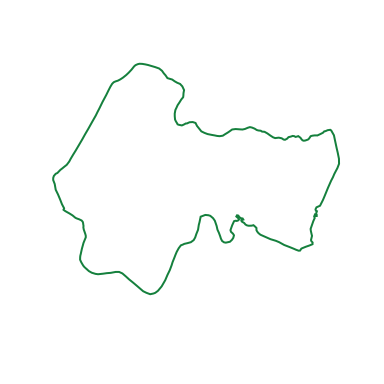 the district of Khemara Phoumin, Kaôh Kong, Cambodia, rotated 26°
{"feature_id": "14789045B84923983917004", "entity_name": "Khemara Phoumin", "entity_type": "district", "adm_level": 2, "iso_a3": "KHM", "parent_name": "Cambodia", "parent_adm1": "Kaôh Kong", "projection": "orthographic", "projection_center": [103.034, 11.595], "detail": "fine", "context": "isolated", "style": "outline", "palette": "green", "viewbox_px": 384, "rotation_deg": 26, "n_neighbors": 0, "source": "geoboundaries", "source_scale": "gbopen_adm2", "svg_char_len": 3955}
<svg xmlns="http://www.w3.org/2000/svg" viewBox="0 0 384 384"><g transform="rotate(26 192 192)"><path d="M305.6,92.6L302.9,89.3L298.2,83.3L294.7,78.8L290.2,75.7L289.0,75.5L286.8,77.0L285.3,78.8L284.3,79.5L283.7,81.4L281.7,84.0L279.9,86.2L277.5,87.3L275.4,88.7L274.2,89.8L274.0,91.3L273.7,93.0L273.2,94.1L271.2,96.1L270.0,96.9L268.7,97.1L267.1,96.5L265.7,95.7L263.0,95.2L261.9,96.3L260.9,97.1L259.4,97.0L257.9,97.5L256.5,98.9L254.7,100.4L254.1,102.4L252.7,104.3L251.3,104.7L249.1,104.4L246.2,105.1L244.8,106.0L243.1,107.1L240.9,107.3L237.6,106.9L234.1,106.3L230.8,106.1L228.5,107.0L226.9,106.8L224.7,107.6L223.0,107.9L220.5,107.6L217.6,107.8L215.6,108.3L214.0,109.8L212.0,112.1L210.0,113.7L207.1,114.9L203.6,116.3L200.7,118.2L199.3,120.8L198.1,122.9L196.3,125.7L195.0,127.9L192.4,129.7L190.0,130.6L187.6,131.2L184.8,132.0L180.6,133.1L177.3,133.4L173.8,133.4L171.3,132.2L167.5,130.4L164.9,128.4L162.0,128.8L159.2,130.4L157.4,132.6L156.4,133.1L155.0,135.1L153.7,136.6L150.6,137.4L149.4,137.5L148.2,136.6L146.6,135.6L145.0,134.3L143.3,131.5L142.1,129.1L141.1,125.5L141.1,122.9L141.0,120.4L141.5,116.7L141.8,113.6L142.5,110.7L142.0,109.2L141.0,106.8L140.2,103.9L137.0,101.3L133.9,100.1L130.9,100.3L127.9,100.1L124.9,99.6L121.3,100.2L120.0,100.4L117.0,98.7L114.6,97.7L111.9,96.2L108.3,95.4L104.0,95.9L99.9,96.6L96.9,97.1L94.0,97.8L91.0,98.7L88.5,99.8L87.1,101.0L85.6,102.8L84.9,104.5L84.0,108.6L82.8,112.5L81.6,115.7L79.8,119.5L78.2,122.2L76.6,124.4L74.7,126.2L73.5,127.7L72.8,129.8L72.5,133.0L72.4,137.3L72.4,142.3L72.1,150.2L72.1,157.6L72.0,161.5L72.0,165.4L71.5,173.3L71.1,180.6L70.6,187.1L70.3,192.8L69.9,198.0L69.3,205.6L68.8,210.5L68.4,215.4L68.3,218.4L67.5,222.5L66.1,225.4L65.0,227.8L64.0,229.8L62.7,233.9L61.5,235.4L60.8,238.1L61.1,240.2L62.0,242.1L65.1,245.0L68.5,249.7L72.6,252.9L76.6,256.4L80.5,260.0L84.2,262.7L84.3,264.3L85.6,264.6L87.6,264.8L91.2,265.0L94.9,265.4L96.5,265.8L98.5,266.3L99.9,266.3L102.6,266.0L105.2,266.0L106.7,266.6L107.6,267.5L108.6,269.0L109.4,270.1L109.8,271.3L111.1,273.1L113.2,275.2L114.6,276.6L115.7,277.9L116.4,279.3L116.6,282.3L116.8,285.3L117.3,287.9L117.9,291.2L118.7,294.5L119.2,296.5L119.5,298.0L120.0,299.5L121.1,301.9L123.0,303.5L124.3,304.4L126.6,305.9L128.4,306.7L134.0,308.3L137.3,308.5L141.1,307.9L143.6,307.1L147.9,304.4L151.0,302.3L154.4,300.3L158.3,297.4L161.5,295.8L165.1,295.7L169.3,296.8L173.7,298.1L178.9,299.3L184.0,300.6L187.8,301.6L191.6,302.6L195.2,302.6L199.2,302.2L201.9,300.1L203.2,298.7L204.7,295.8L206.1,290.2L206.6,283.0L206.3,277.2L206.3,272.0L205.8,266.8L205.3,263.6L204.9,258.1L204.7,256.0L204.5,252.5L204.7,248.3L205.4,244.8L206.9,243.2L207.8,242.0L210.4,239.9L213.0,237.6L214.6,234.5L214.8,231.5L214.3,227.7L214.0,223.3L212.5,218.5L212.0,215.9L210.6,210.4L214.0,206.8L216.9,205.7L218.9,205.4L222.4,206.3L225.1,207.8L229.0,211.7L231.4,214.7L234.1,216.9L236.8,219.5L238.4,221.2L240.5,222.8L242.8,223.2L244.6,222.7L247.9,220.1L248.9,217.4L249.2,215.1L248.7,212.5L247.1,211.5L244.5,210.7L243.3,209.4L243.0,206.9L242.7,204.2L242.6,199.8L243.6,198.8L244.9,198.4L245.9,197.4L246.3,196.2L245.5,195.4L242.6,194.6L242.7,193.2L244.0,192.9L245.4,193.8L247.7,194.1L249.1,193.6L250.2,194.3L248.7,195.8L249.6,196.7L252.6,197.0L254.3,197.8L256.1,197.9L257.7,197.5L260.4,196.1L261.8,194.9L264.1,195.5L265.7,196.1L266.7,198.1L268.0,199.0L269.7,199.8L272.2,200.4L277.8,200.2L283.2,200.0L288.8,199.1L292.3,198.9L298.1,199.2L303.9,198.7L308.2,198.4L310.8,198.3L313.6,198.0L314.8,197.3L315.1,195.0L315.8,194.1L318.4,191.2L321.0,188.6L323.2,186.1L322.5,184.5L320.9,183.9L320.0,183.0L319.1,178.8L318.3,177.9L315.9,174.9L314.8,173.2L314.3,169.1L313.8,165.0L313.7,161.6L312.5,160.4L312.4,158.8L313.6,159.4L314.6,158.9L314.1,157.8L313.0,157.1L312.7,154.5L311.5,154.5L310.6,153.4L310.6,151.2L313.1,148.2L313.2,141.9L313.0,137.9L312.7,133.3L312.4,128.9L312.2,123.7L312.1,120.9L312.2,116.9L312.0,113.4L312.1,109.8L312.2,106.8L311.8,102.2L309.5,97.7L305.6,92.6Z" fill="none" stroke="#15803d" stroke-width="2"/></g></svg>